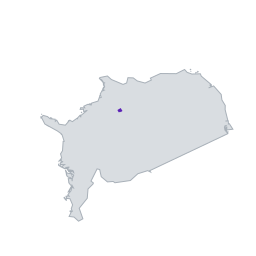 Carter, Oklahoma, United States of America (highlighted), rotated 148°
{"feature_id": "52423323B10262331095216", "entity_name": "Carter", "entity_type": "district", "adm_level": 2, "iso_a3": "USA", "parent_name": "United States of America", "parent_adm1": "Oklahoma", "projection": "albers", "projection_center": [-97.204, 34.289], "detail": "fine", "context": "in_parent", "style": "filled", "palette": "violet", "viewbox_px": 256, "rotation_deg": 148, "n_neighbors": 0, "source": "geoboundaries", "source_scale": "gbopen_adm2", "svg_char_len": 3912}
<svg xmlns="http://www.w3.org/2000/svg" viewBox="0 0 256 256"><g transform="rotate(148 128 128)"><path d="M199.8,90.0L211.9,85.8L214.4,74.9L219.3,75.2L221.0,81.1L224.8,84.2L220.5,86.9L220.6,88.1L219.4,86.9L218.9,89.6L215.7,92.2L214.7,98.8L217.4,100.8L218.8,100.1L218.1,99.1L218.7,99.5L219.1,100.7L215.2,102.6L214.1,101.4L214.2,103.4L209.5,105.0L206.5,108.2L206.6,106.8L206.0,106.0L205.8,109.4L206.9,109.8L207.2,112.6L205.5,116.7L202.5,115.0L203.5,112.5L202.1,114.4L203.3,116.7L204.7,117.9L205.2,119.4L203.3,125.8L203.5,122.0L200.3,119.1L201.2,115.2L199.0,116.8L200.9,121.9L198.3,120.8L197.5,121.1L197.9,119.3L197.7,118.8L197.2,120.3L197.4,121.4L201.4,122.7L200.8,123.9L198.8,122.3L198.1,122.1L200.6,124.0L201.5,124.2L201.3,125.7L200.0,124.9L202.1,126.5L201.7,126.9L200.7,126.0L198.4,126.0L201.5,127.4L203.2,127.0L206.0,131.5L203.7,128.1L204.7,130.4L201.2,130.6L204.1,132.5L205.1,131.6L204.1,134.1L200.8,134.0L202.9,134.7L201.4,136.2L203.6,136.6L200.1,137.8L198.9,141.8L195.6,143.4L190.1,151.0L189.2,150.5L187.6,156.8L187.6,158.4L189.4,162.8L196.4,175.4L195.8,182.8L193.3,183.7L190.2,180.3L189.2,177.2L185.1,174.0L186.1,172.2L184.3,172.5L184.4,167.7L179.6,163.6L173.3,165.5L171.8,162.9L165.5,163.3L166.2,162.2L165.2,163.3L162.4,164.1L162.1,162.0L161.8,163.5L153.1,164.6L156.9,165.4L155.8,167.5L158.7,169.1L157.4,170.3L154.0,168.0L154.0,169.9L149.6,169.4L147.0,167.0L145.6,168.4L139.2,166.7L135.6,169.5L136.5,168.7L134.5,168.1L133.6,171.5L129.7,173.7L130.6,173.0L128.1,172.7L129.0,173.9L126.0,175.3L124.8,179.0L123.5,178.4L124.6,179.4L124.8,182.9L126.1,185.0L125.1,185.7L117.9,183.0L116.4,177.9L109.1,167.6L105.3,166.9L101.4,170.7L97.0,167.7L95.2,163.0L89.7,157.1L82.8,156.3L82.6,158.4L71.6,157.0L58.3,148.5L49.0,147.6L48.4,143.9L45.2,139.9L37.9,135.6L38.4,133.2L34.4,120.7L34.9,119.7L35.8,121.4L35.6,118.8L38.4,119.3L33.1,118.3L31.2,107.1L33.5,102.0L33.6,95.6L35.9,92.1L39.4,81.3L41.7,82.2L39.2,80.9L40.7,78.2L39.8,78.0L39.7,71.4L45.3,74.0L43.4,76.9L45.9,75.1L45.0,77.8L43.5,78.1L44.5,78.5L45.8,77.6L46.9,75.0L46.3,70.3L132.2,80.3L132.2,78.7L133.9,81.4L143.9,84.0L153.8,82.2L168.1,88.5L168.9,90.5L174.0,93.2L176.5,100.9L174.0,107.8L175.9,109.7L187.5,102.6L186.5,99.7L187.5,99.0L194.2,97.5L199.8,90.0ZM211.3,106.0L213.3,105.1L206.5,108.8L211.9,105.0L211.3,106.0ZM46.1,73.1L46.5,75.0L46.3,75.2L45.6,73.6L46.1,73.1ZM125.9,184.4L125.0,181.4L125.0,179.6L125.2,181.4L125.9,184.4ZM221.1,87.0L221.3,87.9L220.9,87.8L221.1,87.0ZM147.1,167.9L147.4,168.6L146.6,168.1L147.1,167.9ZM40.3,139.1L41.3,138.9L41.3,139.0L40.3,139.1ZM39.4,138.6L38.9,139.0L38.7,138.5L39.4,138.6ZM217.1,102.2L216.7,103.0L216.5,102.9L217.1,102.2ZM125.6,178.1L125.0,179.4L126.4,176.8L125.6,178.1ZM194.2,171.2L195.6,173.7L194.0,171.0L194.2,171.2ZM44.5,142.3L44.8,143.1L44.5,142.3L44.5,142.3ZM196.3,183.1L195.6,184.1L196.7,182.1L196.3,183.1ZM206.6,133.1L206.0,134.3L206.1,131.7L206.6,133.1ZM45.6,71.4L45.5,71.9L45.2,71.6L45.6,71.4ZM129.0,174.4L127.6,175.0L129.0,174.2L129.0,174.4ZM219.1,102.0L219.3,102.7L218.6,102.7L219.1,102.0ZM44.1,144.3L44.2,145.2L43.9,144.3L44.1,144.3ZM127.3,175.6L126.7,175.9L127.2,175.4L127.3,175.6ZM205.1,120.6L204.5,122.2L205.1,120.0L205.1,120.6ZM135.2,170.1L134.3,170.7L135.6,169.7L135.2,170.1ZM187.9,157.5L187.9,158.7L187.7,157.9L187.9,157.5ZM203.9,136.7L203.7,137.0L204.4,136.0L203.9,136.7ZM175.6,165.0L174.6,165.7L174.1,165.6L175.6,165.0ZM161.9,163.9L161.8,164.2L161.1,164.2L161.9,163.9ZM188.0,177.4L188.3,178.2L187.8,177.3L188.0,177.4ZM159.3,165.7L159.2,166.5L159.0,165.2L159.3,165.7ZM194.1,185.4L193.5,185.6L194.3,185.2L194.1,185.4ZM207.1,113.1L206.8,113.9L207.1,112.8L207.1,113.1ZM205.4,134.7L205.1,135.0L205.4,134.7Z" fill="#d9dde1" stroke="#a8b0b8" stroke-width="1"/><path d="M126.8,146.9L126.5,146.9L126.4,146.9L126.4,146.7L125.2,146.7L125.2,146.1L124.4,146.1L124.4,146.5L124.4,147.1L124.4,147.6L124.4,148.1L126.7,148.1L126.7,147.6L126.8,147.6L126.8,146.9Z" fill="#8b5cf6" stroke="#5b21b6" stroke-width="1.5"/></g></svg>